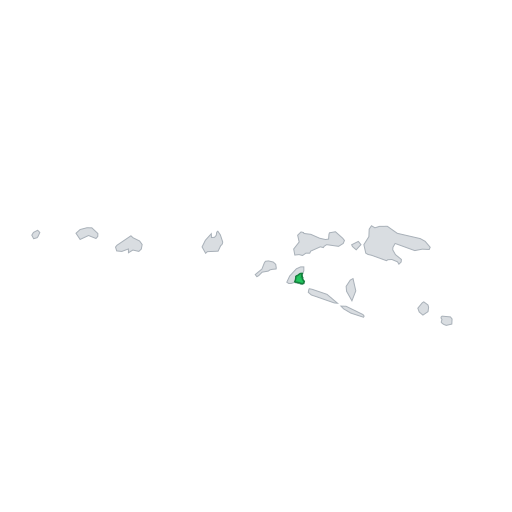 location of North Ambrym, Malampa, Vanuatu, rotated 121°
{"feature_id": "77236927B87914906430322", "entity_name": "North Ambrym", "entity_type": "district", "adm_level": 2, "iso_a3": "VUT", "parent_name": "Vanuatu", "parent_adm1": "Malampa", "projection": "orthographic", "projection_center": [168.138, -16.178], "detail": "fine", "context": "in_parent", "style": "filled", "palette": "green", "viewbox_px": 512, "rotation_deg": 121, "n_neighbors": 0, "source": "geoboundaries", "source_scale": "gbopen_adm2", "svg_char_len": 4053}
<svg xmlns="http://www.w3.org/2000/svg" viewBox="0 0 512 512"><g transform="rotate(121 256 256)"><path d="M169.6,122.7L173.6,143.2L178.0,143.1L180.3,142.0L183.0,137.2L184.1,129.6L186.4,128.5L189.4,129.3L188.1,131.7L189.0,137.7L191.3,141.1L192.8,141.7L195.9,157.5L197.0,160.8L197.0,163.4L190.7,169.4L181.3,169.2L174.7,172.8L170.6,172.6L170.6,168.6L167.0,165.4L162.9,158.7L163.8,146.6L156.5,124.2L156.3,118.6L158.8,111.2L161.2,110.9L164.5,117.0L169.6,122.7ZM209.9,201.3L212.6,202.6L214.1,202.6L215.0,205.6L223.6,211.6L225.9,211.4L227.9,214.7L231.6,216.4L232.6,219.8L235.2,223.2L230.6,227.3L221.8,226.2L216.7,231.0L212.2,229.8L211.4,227.3L212.0,226.5L209.2,220.2L208.0,210.6L206.1,204.9L204.1,202.5L199.9,204.6L198.3,205.0L194.3,200.4L196.1,190.9L197.1,188.2L200.3,187.7L205.2,190.2L209.9,201.3ZM323.4,378.0L320.7,381.0L318.4,380.7L303.1,373.6L303.7,370.8L303.1,363.5L304.8,359.5L309.1,357.9L312.4,358.8L314.3,364.6L318.9,367.0L315.7,369.0L321.2,373.4L323.4,378.0ZM271.4,291.0L277.3,299.9L279.6,300.6L276.0,306.9L268.6,307.5L259.9,305.8L263.1,303.7L261.4,301.2L258.8,300.7L255.8,301.9L254.4,301.5L256.3,297.4L261.2,291.7L262.6,291.2L263.9,291.1L265.2,291.6L271.4,291.0ZM262.6,216.1L255.8,216.8L246.2,214.8L242.4,212.2L240.7,209.4L244.0,207.4L248.8,206.5L254.7,200.3L256.8,202.7L259.0,209.6L261.4,211.7L262.7,213.8L262.6,216.1ZM332.4,415.3L329.2,422.0L323.9,420.4L318.9,415.5L316.4,411.2L318.2,403.1L320.7,401.7L323.4,402.2L324.7,410.1L332.4,415.3ZM257.6,193.4L256.6,193.5L255.6,190.6L252.3,175.4L254.5,161.8L255.9,164.7L260.9,188.5L260.2,192.5L257.6,193.4ZM271.5,243.6L273.3,244.6L272.3,247.1L264.1,244.2L257.6,245.3L255.7,245.2L253.8,242.8L252.3,238.1L253.0,234.8L255.8,232.5L256.8,232.1L258.9,235.0L260.7,236.9L262.6,237.7L266.7,242.4L271.5,243.6ZM239.6,160.2L235.6,163.1L228.1,162.8L225.4,161.2L234.5,152.5L245.0,150.7L239.6,160.2ZM219.9,87.3L217.4,90.4L210.6,89.4L208.9,88.6L209.4,83.4L211.1,81.6L215.1,79.9L220.7,82.5L219.9,87.3ZM214.0,65.3L213.1,65.9L211.7,65.5L208.1,58.0L209.0,55.5L213.5,53.1L217.5,57.2L217.9,59.5L217.9,61.5L217.3,63.2L214.6,63.9L214.0,65.3ZM256.2,153.5L255.2,157.4L252.7,152.9L251.1,134.2L251.8,132.4L253.1,132.3L256.1,145.3L256.2,153.5ZM355.7,455.5L353.6,458.9L350.4,458.9L346.4,456.4L347.2,453.4L351.8,452.9L353.1,453.1L355.7,455.5ZM198.2,178.2L197.1,179.8L190.8,175.8L192.2,171.9L199.1,173.3L198.2,178.2Z" fill="#d9dde1" stroke="#a8b0b8" stroke-width="1"/><path d="M258.0,209.6L258.0,209.4L258.1,209.2L258.1,208.9L257.9,208.9L257.8,208.7L257.8,208.4L257.7,208.2L257.7,207.9L257.6,207.6L257.5,207.4L257.3,207.0L257.3,206.9L257.3,206.7L257.2,206.7L257.1,206.4L257.1,206.2L257.1,205.9L257.1,205.7L256.9,205.5L256.8,205.4L256.7,205.4L256.6,205.2L256.6,204.9L256.6,204.7L256.6,204.4L256.5,204.2L256.6,203.9L256.5,203.7L256.4,203.5L256.5,203.4L256.4,203.3L256.3,203.2L256.4,202.9L256.2,202.8L256.2,202.7L256.1,202.4L256.0,202.2L255.9,202.1L255.9,201.9L255.7,201.9L255.6,201.7L255.4,201.6L255.3,201.4L255.2,201.4L255.1,201.5L254.9,201.4L254.7,201.4L254.4,201.4L254.2,201.3L253.9,201.4L253.7,201.4L253.4,201.5L253.2,201.5L252.8,201.6L252.8,201.8L252.8,202.0L252.7,202.1L252.7,202.3L252.6,202.6L252.5,202.8L252.4,202.9L252.4,203.0L252.4,203.3L252.3,203.5L252.2,203.7L252.2,203.8L252.1,204.0L251.9,204.2L251.8,204.3L251.7,204.3L251.6,204.5L251.4,204.8L251.2,204.8L250.9,204.9L250.9,205.0L250.9,204.9L250.7,204.9L250.7,205.0L250.4,205.1L250.4,205.3L250.3,205.5L250.2,205.6L249.9,205.7L249.8,205.8L249.9,206.0L250.0,206.1L249.9,206.1L249.8,206.3L249.7,206.5L249.6,206.4L249.4,206.4L249.2,206.4L249.1,206.5L248.9,206.6L248.7,206.7L248.7,206.8L248.7,207.0L248.4,207.2L248.3,207.3L248.2,207.3L247.9,207.4L247.7,207.5L247.5,207.4L247.4,207.3L247.2,207.2L247.1,207.3L247.2,207.5L247.3,207.7L247.4,207.9L247.6,208.1L247.7,208.4L247.8,208.5L248.4,209.1L248.7,209.3L249.2,209.4L249.3,209.5L249.6,209.7L250.3,209.9L250.9,210.2L251.5,210.4L251.8,210.8L252.1,211.0L252.5,211.2L252.8,211.2L253.1,211.3L253.9,210.8L254.8,210.4L255.6,210.1L256.6,209.7L257.2,209.7L257.6,209.7L258.0,209.6Z" fill="#22c55e" stroke="#15803d" stroke-width="1.5"/></g></svg>